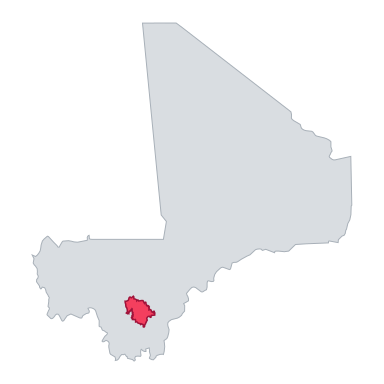 Dioila, Koulikoro, Mali (highlighted)
{"feature_id": "8926073B3838133103629", "entity_name": "Dioila", "entity_type": "district", "adm_level": 2, "iso_a3": "MLI", "parent_name": "Mali", "parent_adm1": "Koulikoro", "projection": "natural_earth1", "projection_center": [-6.702, 12.317], "detail": "fine", "context": "in_parent", "style": "filled", "palette": "rose", "viewbox_px": 384, "rotation_deg": 0, "n_neighbors": 0, "source": "geoboundaries", "source_scale": "gbopen_adm2", "svg_char_len": 7485}
<svg xmlns="http://www.w3.org/2000/svg" viewBox="0 0 384 384"><path d="M49.2,309.6L49.4,307.9L48.1,306.7L48.1,306.2L48.8,301.2L48.7,299.9L49.3,297.4L48.4,296.3L48.2,295.5L46.2,292.2L45.6,289.5L44.6,287.7L42.2,287.1L41.3,288.7L40.7,288.9L39.9,287.8L39.5,286.9L39.5,286.0L36.5,281.7L36.7,279.4L37.8,278.2L38.3,276.2L37.2,274.0L37.4,271.8L37.2,268.7L35.4,266.0L34.2,264.8L33.2,263.0L34.0,258.7L32.2,255.0L35.6,256.5L37.3,255.1L38.8,253.2L40.2,250.8L40.8,247.7L41.1,245.1L42.4,241.0L44.1,239.0L47.4,236.2L48.4,236.5L53.9,242.5L57.0,245.6L58.1,247.2L59.1,247.2L60.7,244.3L62.3,241.7L63.0,241.1L68.5,240.7L71.4,241.2L74.0,241.9L77.6,242.2L87.2,240.3L87.4,239.0L87.2,237.6L87.6,236.5L88.4,235.5L89.1,235.3L89.4,238.7L90.2,239.2L92.5,239.4L163.4,239.4L166.4,221.5L161.2,215.0L142.5,23.1L176.1,23.0L182.0,27.4L290.9,111.8L291.5,114.5L291.4,118.3L292.2,119.4L293.8,120.7L300.0,124.3L300.5,125.0L300.8,126.5L301.5,128.3L302.8,129.4L304.4,130.2L306.2,130.7L311.8,131.3L313.0,132.1L315.5,135.5L316.8,136.1L324.3,137.9L326.8,138.8L329.5,140.3L330.9,141.7L330.9,146.9L332.0,150.3L332.0,151.2L330.9,152.6L330.6,153.6L329.2,156.3L329.5,157.3L332.2,159.4L333.5,159.9L335.0,159.9L350.8,156.4L351.8,205.3L351.2,206.0L350.9,214.7L349.8,219.8L347.8,223.6L346.5,229.2L345.8,230.3L345.2,233.5L344.1,235.3L342.0,236.1L338.4,239.7L338.1,242.6L329.5,241.0L328.9,241.0L328.6,241.4L328.4,242.9L306.3,243.8L295.5,244.5L288.7,251.1L284.3,251.7L278.7,251.1L275.9,251.1L274.8,251.5L274.6,252.7L265.7,249.3L262.5,250.4L261.9,250.0L261.5,249.3L259.9,248.9L257.4,249.1L255.6,249.6L250.0,254.8L247.0,256.1L241.4,259.2L237.5,261.8L236.1,262.3L233.9,262.4L232.1,263.0L230.5,269.0L229.5,269.6L222.8,267.2L221.4,267.5L220.3,268.2L216.5,271.7L214.7,274.5L213.7,278.2L213.9,280.7L213.3,281.4L211.5,281.6L208.4,280.8L207.5,281.2L207.1,283.0L207.1,287.0L206.5,289.7L204.6,290.6L203.2,291.6L202.1,292.0L201.1,291.7L195.7,287.6L193.9,287.0L191.9,287.4L190.0,289.2L186.5,293.4L186.9,294.9L187.9,296.7L188.5,298.8L188.5,300.8L183.6,303.6L184.7,305.6L184.6,311.1L182.3,313.7L181.6,315.3L179.4,317.1L177.5,318.1L171.5,319.6L169.0,321.3L167.9,322.7L167.7,324.3L167.9,326.0L169.1,329.7L168.7,333.0L167.7,336.8L166.8,338.6L164.0,340.6L164.4,343.1L164.7,346.7L164.2,351.4L163.4,354.5L162.7,354.2L160.0,354.4L157.1,355.4L156.1,356.2L155.9,357.2L153.4,359.8L151.8,359.6L150.3,358.9L149.4,358.3L149.4,357.9L150.3,355.8L150.4,355.1L149.4,351.5L149.6,350.7L149.2,347.9L145.8,349.0L145.7,349.5L146.1,351.2L145.8,351.5L144.7,351.5L143.1,350.9L141.3,349.3L140.9,349.8L140.7,351.1L140.6,352.6L141.0,355.3L140.6,356.3L137.8,356.1L135.6,356.4L135.0,357.4L134.8,358.5L135.3,359.7L135.2,360.2L134.3,361.0L133.8,360.9L132.6,359.6L127.5,358.3L127.1,356.5L126.5,356.5L124.9,354.2L124.2,354.3L123.6,354.7L121.7,354.5L120.0,356.4L118.7,358.8L117.4,360.0L115.3,360.5L115.6,359.0L115.0,356.9L110.6,354.3L109.9,353.2L108.8,347.2L108.8,345.4L109.2,343.9L109.0,342.7L108.5,341.7L107.2,340.8L105.9,340.4L104.1,341.6L103.3,341.8L102.5,341.7L102.1,341.3L102.2,340.7L104.1,337.5L105.0,336.2L106.8,334.6L107.3,333.8L107.4,333.2L107.2,332.7L106.0,332.2L104.1,330.7L103.0,330.5L102.2,329.8L101.3,327.5L100.9,327.0L100.0,326.8L99.1,326.2L99.2,320.6L97.4,316.4L95.7,311.0L94.9,309.7L93.4,308.6L91.5,307.9L89.9,307.7L88.0,308.3L88.1,308.8L89.1,310.5L89.3,311.5L89.1,312.4L88.7,313.0L86.2,313.6L82.9,315.6L81.8,317.9L81.0,318.1L79.7,317.9L70.9,314.0L67.2,315.7L64.8,319.0L64.2,320.1L63.0,321.1L62.4,321.1L61.8,320.5L59.2,315.4L58.1,314.2L56.7,314.1L55.5,314.9L54.3,316.7L52.7,318.3L51.7,318.7L50.8,318.5L47.2,315.0L47.0,314.3L48.7,310.2L49.2,309.6Z" fill="#d9dde1" stroke="#a8b0b8" stroke-width="1"/><path d="M145.8,302.5L145.7,302.6L145.4,302.5L145.2,302.3L144.8,302.4L144.6,302.5L144.4,302.8L144.3,303.1L143.0,300.6L141.9,300.5L140.5,300.7L138.7,301.0L138.3,300.2L137.7,300.3L137.5,300.1L137.2,300.4L136.8,300.8L136.7,299.9L136.3,299.6L135.0,299.0L134.0,298.8L133.9,298.8L133.8,297.6L133.9,297.0L133.3,296.2L131.7,297.6L131.2,297.8L130.1,297.0L129.6,297.2L129.2,297.6L129.0,298.1L128.6,299.7L128.0,300.5L126.1,301.3L125.1,301.2L125.2,302.8L125.5,303.5L125.7,304.3L125.8,305.7L126.0,306.9L126.8,307.9L127.3,310.0L127.3,311.9L126.3,313.0L127.6,313.8L127.8,313.7L128.0,313.7L128.3,313.7L128.4,313.4L128.4,313.2L128.6,313.0L128.6,312.9L128.7,313.0L128.8,313.1L128.8,312.8L128.9,312.7L129.0,312.6L128.9,312.5L128.9,312.4L129.0,312.0L129.1,311.7L129.2,311.4L129.3,311.4L129.6,311.4L129.5,311.2L129.8,311.0L129.9,310.9L130.0,310.8L130.3,310.8L130.5,310.9L130.8,310.8L130.8,310.5L131.0,310.4L130.9,310.3L130.9,310.1L131.0,310.1L131.0,309.9L131.3,309.7L131.4,309.4L131.5,309.4L131.6,309.5L131.7,309.4L132.0,309.1L131.9,308.9L132.0,308.7L132.1,308.8L132.2,309.1L132.1,309.3L132.1,309.5L132.0,309.8L131.8,310.1L131.8,310.4L131.8,310.5L132.1,310.7L132.2,311.0L132.3,311.3L132.2,311.5L132.1,312.0L132.3,312.3L132.5,312.4L132.9,312.5L132.8,313.1L132.6,313.2L132.3,313.7L132.3,313.8L132.3,314.0L132.6,314.1L132.8,314.1L133.1,314.3L133.2,314.6L133.2,314.9L133.1,315.1L132.9,315.1L132.6,315.3L132.5,315.6L132.4,315.7L132.1,315.7L131.9,315.8L131.9,316.0L132.0,316.3L132.4,316.1L132.5,316.1L132.9,316.3L132.8,316.5L132.7,316.8L132.4,317.1L132.2,317.3L131.9,317.2L131.7,317.2L131.6,317.3L131.4,317.6L131.5,317.9L131.6,318.1L131.9,318.2L132.1,318.1L132.3,318.0L132.5,318.4L132.8,318.5L132.8,318.8L132.7,319.0L132.4,319.3L132.4,319.5L132.5,319.5L134.3,319.7L135.2,319.4L135.6,319.9L135.6,322.0L136.6,321.8L137.1,322.0L137.7,322.9L139.9,323.7L140.0,323.8L140.3,324.1L140.5,323.7L140.8,323.6L141.0,323.7L141.3,323.8L141.3,324.0L141.4,323.9L141.5,323.9L141.7,324.0L141.8,324.0L142.1,324.2L142.3,324.2L142.4,324.3L142.6,324.3L142.8,324.4L143.1,324.5L143.4,324.8L143.4,325.1L143.3,325.3L143.3,325.5L143.2,325.8L143.4,325.9L143.5,326.1L143.5,326.3L143.4,326.4L143.3,326.5L143.3,326.9L143.4,327.0L143.7,327.0L143.9,327.0L144.0,327.0L144.3,326.9L144.6,326.4L144.6,326.0L144.7,325.8L144.7,325.7L144.6,325.4L144.7,325.1L145.0,324.4L145.4,324.0L145.5,323.9L145.6,323.5L145.6,323.2L145.8,322.9L146.0,322.6L146.0,322.3L146.1,322.2L146.3,322.0L146.3,321.8L146.4,321.7L146.5,321.4L146.7,321.0L146.8,320.9L147.1,320.5L147.2,320.2L147.0,319.8L147.1,319.6L146.9,319.2L146.9,318.9L146.7,318.5L146.7,318.3L146.8,318.1L146.9,317.9L147.2,317.5L147.4,317.2L147.5,317.1L147.6,316.9L148.2,316.4L149.5,316.3L150.2,317.3L150.8,317.3L151.1,317.0L151.0,316.0L151.5,315.3L152.2,315.4L153.5,315.2L154.7,315.1L154.8,313.5L154.6,313.6L154.4,313.5L154.2,313.2L154.3,312.9L154.3,312.7L154.2,312.6L154.1,312.4L154.4,312.4L154.3,312.2L154.3,311.9L154.3,311.6L154.1,311.7L153.9,311.5L153.9,311.4L153.7,311.3L153.5,311.5L153.3,311.5L153.2,311.7L153.2,311.9L153.2,312.1L152.9,312.1L152.7,312.1L152.7,312.3L152.4,312.1L152.2,311.9L151.9,311.8L151.6,311.8L151.6,311.6L151.5,311.3L151.5,311.2L151.3,310.7L151.2,310.5L151.1,310.4L151.1,310.1L150.7,309.8L150.4,309.7L150.1,309.7L149.8,309.6L149.6,309.7L149.3,309.7L149.2,309.8L148.9,309.9L148.9,309.7L148.9,309.4L149.0,309.3L149.3,309.3L149.4,309.2L149.5,309.1L149.5,308.9L149.2,308.6L149.0,308.2L148.9,308.2L148.9,307.8L148.7,307.5L148.7,307.4L148.8,307.4L148.9,307.5L149.0,307.6L149.2,307.4L149.2,307.2L149.3,306.9L149.2,306.7L149.0,306.4L148.8,306.2L148.6,306.1L148.6,305.9L148.3,305.7L148.0,305.6L147.9,305.8L147.6,305.8L147.3,306.0L147.2,305.7L146.9,305.5L146.7,305.5L146.6,305.4L146.6,305.2L146.4,305.1L146.4,304.9L146.4,304.5L146.2,304.3L146.0,303.8L145.9,303.6L146.0,303.2L146.0,302.9L145.9,302.8L145.9,302.7L145.8,302.5Z" fill="#f43f5e" stroke="#9f1239" stroke-width="1.5"/></svg>